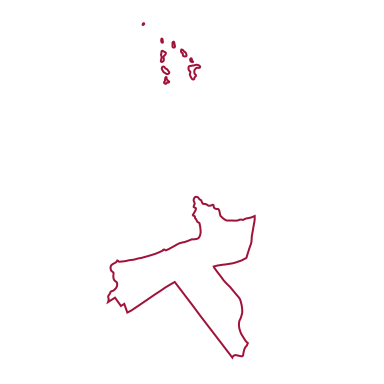 the district of Ha Tien, Kiên Giang, Vietnam, rotated 112°
{"feature_id": "81297802B34321495303848", "entity_name": "Ha Tien", "entity_type": "district", "adm_level": 2, "iso_a3": "VNM", "parent_name": "Vietnam", "parent_adm1": "Kiên Giang", "projection": "mercator", "projection_center": [104.405, 10.36], "detail": "fine", "context": "isolated", "style": "outline", "palette": "rose", "viewbox_px": 384, "rotation_deg": 112, "n_neighbors": 0, "source": "geoboundaries", "source_scale": "gbopen_adm2", "svg_char_len": 5881}
<svg xmlns="http://www.w3.org/2000/svg" viewBox="0 0 384 384"><g transform="rotate(112 192 192)"><path d="M311.2,83.6L311.0,84.2L310.3,85.9L309.4,87.4L305.2,93.1L303.5,94.8L300.8,97.0L297.7,98.7L295.3,99.5L293.8,99.8L290.6,99.6L288.2,99.8L285.6,100.1L282.8,101.1L280.3,102.4L278.0,103.8L275.5,105.6L273.6,107.2L272.7,108.3L271.8,109.8L270.4,112.6L265.8,121.1L263.3,127.1L262.0,129.7L259.9,133.0L257.0,138.0L253.9,143.0L252.9,143.9L250.5,140.6L248.0,136.4L246.5,133.6L242.9,127.6L241.3,125.5L237.0,120.5L232.9,117.0L232.3,116.9L229.4,117.2L222.9,117.7L218.2,117.9L216.4,118.1L212.8,119.2L211.0,119.9L206.2,120.9L201.2,122.0L195.3,123.2L192.9,124.0L190.8,124.9L193.3,127.4L194.8,129.5L195.6,130.8L196.4,132.0L197.4,133.1L198.4,133.8L198.7,134.2L198.9,134.7L199.1,136.0L199.4,136.7L199.7,137.3L201.2,138.9L201.7,139.6L202.4,141.4L202.8,142.2L203.2,143.5L205.2,148.5L205.4,149.2L205.5,150.0L204.9,153.0L203.5,156.6L203.3,156.9L202.8,157.2L201.3,158.3L200.0,159.0L198.6,160.2L198.2,160.8L198.0,161.4L198.0,161.7L198.7,163.0L198.6,164.9L198.5,165.3L198.2,165.8L197.8,166.1L197.3,166.5L196.3,167.0L196.0,167.4L196.0,167.7L196.1,168.1L197.2,169.1L197.7,169.8L198.1,170.4L198.3,170.8L198.5,171.7L198.4,172.7L198.1,173.4L198.1,174.8L198.2,175.5L198.7,176.8L198.8,177.4L198.7,177.9L198.1,178.3L197.6,179.2L196.5,180.1L196.1,180.7L196.1,182.0L195.7,182.8L194.9,184.1L194.7,184.5L194.7,185.1L194.7,185.7L195.1,186.7L195.5,187.1L195.8,187.4L196.7,187.6L197.7,187.7L199.0,187.4L199.5,187.1L201.4,185.4L201.7,185.1L202.0,185.1L204.5,185.1L204.9,185.0L205.3,184.8L205.4,184.6L205.5,182.5L206.0,182.1L206.9,181.9L207.7,181.9L211.3,182.3L212.1,182.5L212.9,182.7L213.0,182.6L213.4,182.1L213.5,181.8L213.4,180.9L213.5,180.4L214.2,179.8L215.0,179.4L215.3,179.0L215.6,178.2L216.0,177.7L216.8,176.9L217.6,175.9L217.8,175.1L217.9,173.7L218.1,173.4L221.3,171.3L224.1,169.8L226.1,168.9L227.7,168.5L229.6,168.3L231.4,168.4L232.2,168.7L232.8,169.1L233.7,170.0L235.2,172.5L235.9,174.4L238.9,177.5L241.1,180.0L242.1,181.6L244.2,184.4L245.5,185.6L253.7,192.2L255.9,194.4L256.0,194.7L255.7,195.8L255.8,196.3L256.1,196.8L256.4,197.1L256.7,197.1L257.0,197.0L257.4,197.3L260.2,199.9L263.2,203.0L267.2,207.9L272.2,214.4L273.7,216.9L276.4,220.4L277.3,222.0L278.0,223.3L279.0,225.0L280.9,227.6L282.3,230.2L283.8,233.0L283.9,233.4L283.9,233.9L283.6,234.7L283.5,235.3L283.5,235.6L284.8,235.8L285.4,236.0L286.9,237.1L288.1,238.2L289.0,238.8L290.2,239.4L290.8,239.5L292.6,239.3L294.5,238.1L295.1,237.6L295.6,236.5L295.9,235.3L296.2,234.7L296.5,234.4L296.9,234.2L299.0,233.6L300.3,233.1L301.9,232.1L302.7,231.2L303.2,230.4L303.5,229.1L303.8,228.3L304.1,227.7L304.8,227.2L305.8,226.7L307.2,226.3L308.7,226.3L309.9,226.6L311.7,227.3L312.8,227.9L313.5,228.6L314.3,229.6L314.6,229.9L315.0,230.0L315.9,230.1L316.7,230.0L319.2,230.6L320.0,230.6L320.7,230.4L322.6,229.1L323.9,228.7L325.5,228.6L318.8,223.8L324.3,215.2L321.1,212.9L328.0,206.8L324.9,204.1L317.3,198.9L300.9,188.0L295.0,183.9L290.3,180.8L284.4,176.3L281.9,174.3L296.8,149.2L304.0,137.4L330.4,92.6L329.9,92.6L329.2,92.5L328.3,92.1L327.5,91.4L327.0,90.8L326.7,89.8L326.0,85.4L325.6,84.1L325.0,83.6L324.2,83.5L320.8,84.2L319.1,84.5L316.8,84.5L315.2,84.2L314.2,83.7L311.2,83.6ZM77.3,235.2L75.9,234.7L75.3,234.4L74.8,233.6L74.5,232.6L74.3,232.0L73.8,231.4L73.2,231.3L72.9,231.3L72.5,231.7L72.2,232.2L72.1,232.6L72.0,233.5L72.0,234.5L72.3,235.3L72.5,235.8L73.0,236.6L74.1,237.8L74.4,238.4L74.6,239.1L75.5,240.2L75.9,241.1L76.3,241.6L76.6,241.8L77.0,241.9L77.3,242.0L77.7,241.9L79.8,241.0L80.4,240.3L81.0,238.8L81.3,238.5L81.9,238.3L83.6,238.1L84.0,238.0L86.0,236.0L86.9,234.7L87.2,234.2L87.3,233.5L87.2,232.9L86.8,232.5L86.4,232.3L85.4,232.5L84.5,232.5L83.1,231.9L82.8,231.9L82.6,231.9L82.0,232.4L81.5,233.6L80.9,234.3L80.5,234.5L78.9,235.2L78.1,235.3L77.3,235.2ZM82.8,268.8L82.7,268.6L82.3,268.2L81.7,267.7L81.4,267.6L80.9,267.5L79.9,267.6L79.1,268.0L78.2,268.7L77.5,269.0L76.6,269.0L76.1,268.8L74.5,268.2L74.0,268.1L73.2,268.2L72.8,268.4L72.6,268.7L72.5,268.9L72.2,271.8L72.2,272.4L72.6,272.7L72.7,272.9L73.0,272.9L74.1,272.6L74.9,272.3L76.3,272.2L76.6,272.0L77.8,271.0L78.4,270.6L79.7,270.4L82.0,270.0L82.5,269.8L82.8,269.4L82.8,268.8ZM88.2,266.4L89.1,266.2L89.8,265.5L90.5,264.5L91.3,263.6L91.5,263.1L91.6,262.4L92.1,259.9L92.0,259.2L91.6,258.5L91.1,258.1L90.5,257.8L89.8,257.8L89.5,257.9L89.4,258.0L89.0,258.6L88.4,259.7L87.6,260.8L87.5,261.3L87.5,262.0L87.3,263.0L86.5,264.4L86.3,264.9L86.3,265.1L86.4,265.5L86.7,266.0L86.9,266.2L87.3,266.4L88.2,266.4ZM64.6,255.2L65.9,254.8L66.1,254.6L66.7,253.9L66.8,253.0L66.9,252.7L67.1,252.5L67.5,252.1L68.1,252.0L68.6,251.7L69.1,251.2L69.2,250.4L69.0,249.3L68.4,248.4L68.1,248.2L67.5,248.2L66.6,248.7L65.7,249.5L64.9,250.6L64.7,251.9L64.4,252.6L63.9,253.3L63.7,254.3L63.8,254.9L63.9,255.2L64.3,255.3L64.6,255.2ZM101.4,258.6L101.6,257.6L101.6,256.9L101.4,256.7L101.1,256.5L100.0,256.4L99.9,256.2L99.5,255.1L99.3,254.8L98.8,254.5L98.6,254.4L98.3,254.5L98.1,254.8L97.5,256.7L97.1,257.4L96.6,257.9L95.5,258.4L95.2,258.7L95.1,259.1L95.3,259.3L95.5,259.4L96.0,259.5L97.0,259.3L99.0,258.8L99.7,258.8L100.4,259.0L101.0,258.9L101.4,258.6ZM61.7,265.7L64.5,264.5L64.8,264.3L65.0,263.8L65.0,263.3L64.6,262.5L64.1,262.3L63.6,262.3L63.0,262.5L60.8,264.1L60.3,264.2L60.1,264.4L59.7,264.9L59.5,265.3L59.7,265.6L60.3,265.9L60.9,266.0L61.7,265.7ZM69.1,243.4L69.8,243.4L70.6,243.0L71.2,242.4L71.4,242.1L71.5,241.3L71.5,240.7L71.4,240.3L71.1,239.9L70.9,239.8L70.7,239.9L70.5,240.5L70.2,241.1L70.0,241.3L68.8,242.0L68.4,242.5L68.4,243.0L68.7,243.2L69.1,243.4ZM61.5,277.7L62.9,277.4L63.3,277.2L64.2,276.6L64.6,276.2L64.7,275.7L64.5,275.2L64.3,275.1L63.8,275.1L63.2,275.6L61.8,276.3L61.5,276.5L61.1,277.0L61.1,277.3L61.2,277.6L61.5,277.7ZM55.1,300.5L55.4,300.4L55.5,300.1L55.4,299.9L55.0,299.6L54.6,299.4L54.1,299.3L53.9,299.4L53.6,299.7L53.6,299.9L53.7,300.2L54.0,300.4L54.3,300.5L55.1,300.5Z" fill="none" stroke="#9f1239" stroke-width="2"/></g></svg>